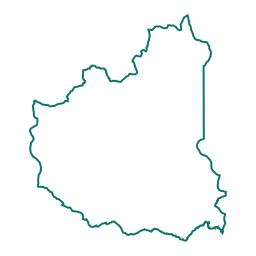 Aoral, Kâmpóng Spœ, Cambodia (Albers equal-area conic projection)
{"feature_id": "14789045B24826472833777", "entity_name": "Aoral", "entity_type": "district", "adm_level": 2, "iso_a3": "KHM", "parent_name": "Cambodia", "parent_adm1": "Kâmpóng Spœ", "projection": "albers", "projection_center": [104.049, 11.778], "detail": "fine", "context": "isolated", "style": "outline", "palette": "teal", "viewbox_px": 256, "rotation_deg": 0, "n_neighbors": 0, "source": "geoboundaries", "source_scale": "gbopen_adm2", "svg_char_len": 5769}
<svg xmlns="http://www.w3.org/2000/svg" viewBox="0 0 256 256"><path d="M187.5,15.4L185.0,16.9L184.0,17.7L180.8,24.4L180.7,25.1L181.3,29.2L181.2,29.8L180.6,30.1L179.3,30.1L178.3,29.6L177.6,29.2L175.8,26.9L173.5,25.6L172.9,25.4L172.0,25.7L169.0,25.2L167.9,25.5L167.5,27.1L167.2,27.7L166.8,28.0L163.8,28.3L161.9,27.4L160.3,26.4L156.3,26.5L155.5,26.7L154.8,27.1L152.2,30.0L151.6,30.1L148.5,29.6L148.3,29.8L149.4,33.1L149.8,36.1L149.2,38.0L149.1,40.1L148.0,42.2L148.0,43.6L147.7,44.7L147.4,45.2L147.7,45.9L146.3,47.9L146.7,49.5L146.3,51.1L146.1,51.3L145.6,51.2L143.7,50.0L142.4,50.2L141.0,51.6L141.9,53.3L141.2,55.7L140.9,56.1L140.2,56.5L137.6,56.1L136.5,55.6L135.1,56.3L132.4,60.7L132.4,61.5L133.6,62.1L134.2,63.2L135.1,66.8L137.2,71.8L137.2,72.2L136.9,73.1L135.6,74.1L133.1,74.5L130.5,73.8L129.5,73.9L128.6,75.4L127.3,76.4L126.0,76.7L124.2,78.8L122.6,79.8L121.3,81.5L120.7,81.8L119.3,81.8L116.2,81.0L113.9,80.8L113.0,80.8L111.1,81.3L110.1,80.8L109.6,79.5L109.6,78.6L108.7,78.0L108.0,76.4L106.6,74.6L106.8,73.7L105.9,72.3L106.0,70.6L104.3,68.8L103.9,68.5L100.5,68.6L99.5,67.6L98.6,67.5L97.7,67.8L96.2,67.3L94.7,65.8L92.8,65.5L92.6,65.8L91.5,65.9L91.1,66.7L90.4,66.7L90.1,67.0L90.2,67.9L89.8,68.7L89.2,68.5L88.1,68.6L86.2,69.9L84.9,69.9L84.0,70.3L83.3,70.3L83.4,70.8L82.9,72.0L83.2,72.7L82.9,74.1L82.9,78.1L83.0,78.7L83.7,79.5L84.5,80.5L85.0,80.8L84.7,81.1L84.8,82.4L84.7,82.9L84.3,83.2L83.5,83.1L83.1,83.3L82.8,83.8L82.8,85.0L82.2,85.6L81.8,85.5L78.6,86.2L77.0,86.8L75.1,87.1L74.0,87.7L72.3,90.8L71.3,91.0L70.3,91.8L70.1,92.8L69.2,93.7L68.3,94.4L67.5,96.0L66.9,96.6L67.1,97.3L68.0,98.5L67.7,101.3L66.7,101.0L65.1,101.0L64.0,102.5L63.0,103.2L57.9,104.1L55.5,105.3L54.6,106.0L53.8,105.9L51.3,106.3L49.9,106.2L48.2,105.2L45.3,105.0L43.8,104.6L42.4,104.6L40.3,103.0L37.3,102.0L35.4,100.6L34.5,100.8L34.1,101.1L34.0,101.6L34.4,102.5L34.4,103.3L33.3,104.9L32.8,107.5L33.4,108.7L33.3,109.9L33.7,111.4L34.0,115.9L34.7,117.4L36.7,118.1L37.3,118.5L37.5,119.2L37.3,123.0L37.1,124.2L36.8,125.0L32.0,127.8L30.7,128.8L30.2,129.5L30.0,131.5L31.0,133.0L31.1,134.0L31.5,134.9L32.9,136.4L33.6,138.3L33.6,139.1L32.8,140.7L32.0,141.8L30.9,142.9L30.9,144.6L30.5,146.0L30.2,149.4L30.8,152.6L31.6,154.2L33.2,156.7L36.3,158.7L39.1,161.9L40.1,163.5L40.2,164.7L40.6,165.6L41.0,168.5L40.6,169.4L41.0,169.8L41.0,170.3L40.3,172.4L38.7,174.9L38.1,180.2L38.4,182.9L37.9,186.3L38.0,186.6L39.4,186.9L42.4,186.8L43.8,187.3L45.1,188.0L46.7,188.0L47.7,189.4L49.0,190.5L49.8,191.6L51.0,191.9L51.8,192.5L52.2,192.5L52.3,193.8L54.2,197.0L55.6,197.3L56.5,198.8L58.8,199.1L60.4,200.7L61.3,201.1L62.4,202.4L63.3,203.0L63.4,203.5L62.2,205.1L62.3,205.4L63.3,204.9L64.3,206.0L68.2,207.8L69.7,207.5L70.3,207.7L72.4,211.0L78.3,211.8L81.0,212.9L82.1,213.8L82.8,215.1L83.1,217.3L82.9,219.0L85.2,219.8L85.5,219.8L86.5,219.3L88.0,221.9L88.8,224.8L89.8,225.5L90.9,226.8L93.2,226.8L93.5,226.6L94.7,226.5L95.4,225.8L96.4,225.5L96.9,226.4L98.2,226.7L99.3,225.7L102.4,223.6L104.0,223.4L105.6,222.7L106.0,222.7L106.7,224.2L107.4,224.1L108.8,223.6L110.0,222.8L111.3,222.4L112.4,221.6L114.6,221.7L117.8,224.6L118.8,225.3L119.8,226.4L121.1,228.1L123.0,232.5L124.1,232.8L125.0,232.9L127.3,234.7L128.0,235.0L129.1,234.9L130.6,233.8L133.2,234.5L134.0,234.3L138.0,232.7L138.9,231.8L142.9,229.9L144.1,229.7L144.8,229.3L146.8,230.2L148.3,230.4L150.8,231.6L151.5,231.6L151.8,231.1L151.8,230.4L152.5,230.3L152.7,230.0L153.1,229.9L153.5,229.2L154.3,228.9L155.2,228.8L155.8,229.1L156.8,229.0L157.3,229.2L160.2,231.3L161.0,231.4L161.8,232.3L163.3,232.6L164.6,233.6L165.7,233.7L166.8,233.4L167.5,234.0L169.5,234.0L170.6,234.3L171.2,234.2L171.6,234.5L172.1,234.2L172.7,235.0L172.7,235.4L173.3,235.6L174.3,235.5L175.5,235.7L175.4,236.0L175.8,236.3L175.8,236.5L176.7,237.1L178.1,236.9L179.1,237.2L179.6,237.9L179.6,238.5L180.3,239.2L181.1,239.5L182.9,239.5L183.0,239.3L183.7,240.3L184.9,240.6L185.5,240.6L186.6,240.1L187.6,238.3L187.2,237.9L189.6,235.3L189.7,234.8L191.1,234.1L192.7,231.0L193.3,230.9L194.9,230.2L195.0,229.5L195.3,229.4L195.8,228.5L196.3,228.3L196.4,228.0L196.7,227.9L197.1,228.1L197.7,227.8L197.9,227.4L198.3,227.5L198.6,227.2L198.7,226.5L199.6,226.3L200.1,225.8L200.6,225.8L201.1,225.4L201.5,225.7L202.6,225.4L203.1,225.5L203.4,225.1L203.3,224.4L204.1,224.0L204.3,223.1L204.8,222.9L205.3,221.8L206.2,221.7L206.8,222.5L209.1,222.2L209.0,223.5L208.3,223.8L207.8,224.3L207.8,224.8L208.2,225.6L208.0,226.8L208.4,227.0L209.0,227.0L209.4,227.6L209.2,228.1L210.1,228.3L210.2,228.7L210.6,228.8L212.6,228.5L213.8,227.7L214.9,228.4L215.0,227.9L214.7,227.4L214.9,227.2L216.2,227.0L217.1,227.3L217.8,226.9L217.7,228.0L219.0,228.0L219.5,228.8L221.0,229.6L221.2,230.2L221.1,231.8L222.4,233.1L222.9,231.9L222.8,229.8L223.1,228.1L225.3,223.2L225.2,222.4L224.6,221.4L224.2,219.0L224.4,216.7L225.2,214.8L225.0,214.0L223.0,213.3L221.8,212.7L220.8,211.7L219.9,210.5L218.8,208.3L215.1,206.0L215.0,205.3L215.8,203.6L216.6,203.1L216.9,202.5L216.9,200.9L217.5,200.2L218.1,200.4L218.3,198.6L220.7,197.6L221.8,196.9L225.3,195.9L225.7,195.5L225.8,194.6L225.5,193.5L225.6,192.7L226.0,192.1L223.5,191.2L220.3,190.7L218.9,189.6L217.9,187.8L217.7,185.9L218.1,181.1L219.4,176.9L219.7,175.3L217.1,174.7L212.9,170.7L211.9,169.3L211.4,167.7L211.4,163.6L211.0,161.8L210.2,160.3L207.1,156.7L205.5,155.7L203.7,155.2L201.8,154.4L200.4,153.2L199.3,150.6L197.6,148.3L197.1,146.5L197.0,145.4L197.4,143.8L198.6,141.6L199.9,140.4L201.0,139.7L202.9,139.3L203.8,138.7L203.6,66.1L204.9,65.4L206.2,63.0L206.8,62.2L208.3,60.9L209.5,58.7L210.5,56.3L211.0,52.7L210.6,50.8L209.3,48.7L209.2,45.9L208.4,45.2L207.7,43.6L206.7,42.1L205.2,42.2L201.8,41.6L199.9,40.4L196.2,39.7L195.0,38.7L194.4,37.8L193.4,35.9L192.0,31.5L191.3,30.3L190.5,26.1L190.1,25.2L189.3,24.5L189.1,22.8L189.3,21.7L189.2,21.3L188.6,20.7L188.5,18.8L187.5,15.4Z" fill="none" stroke="#0f766e" stroke-width="2"/></svg>